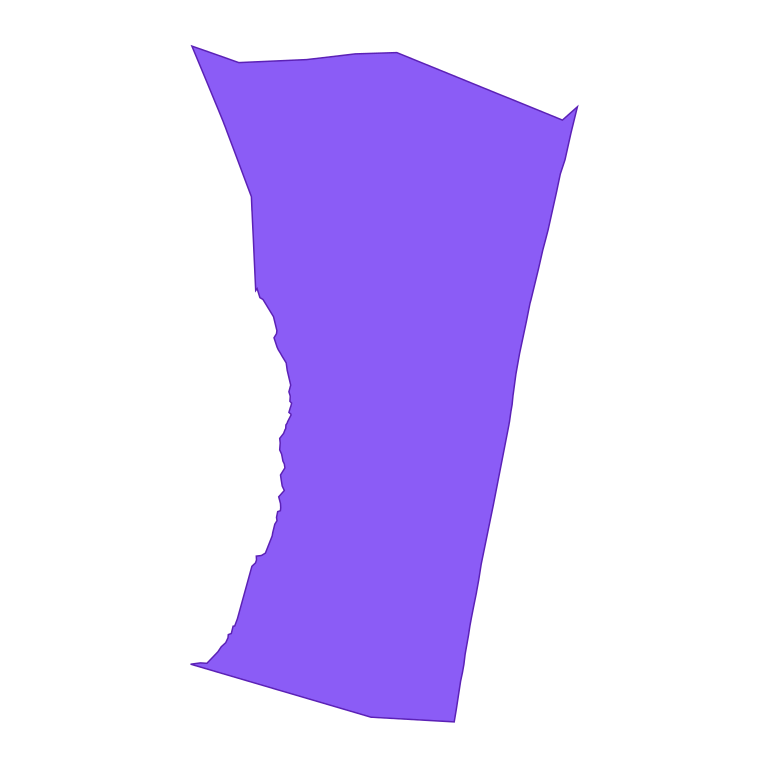 La Grandeza, Chiapas, Mexico
{"feature_id": "50627088B79475458377656", "entity_name": "La Grandeza", "entity_type": "district", "adm_level": 2, "iso_a3": "MEX", "parent_name": "Mexico", "parent_adm1": "Chiapas", "projection": "robinson", "projection_center": [-92.226, 15.51], "detail": "fine", "context": "isolated", "style": "filled", "palette": "violet", "viewbox_px": 768, "rotation_deg": 0, "n_neighbors": 0, "source": "geoboundaries", "source_scale": "gbopen_adm2", "svg_char_len": 1863}
<svg xmlns="http://www.w3.org/2000/svg" viewBox="0 0 768 768"><path d="M577.4,106.8L562.4,120.1L542.9,112.1L520.6,103.0L497.1,93.5L396.8,52.6L355.2,53.9L306.6,59.6L238.8,62.6L212.8,53.4L191.9,46.1L207.1,82.6L209.0,87.2L215.6,103.2L218.2,109.4L223.2,121.6L224.2,124.3L225.6,127.8L226.6,130.6L234.4,151.3L238.4,162.0L243.5,175.7L251.4,196.7L251.9,208.6L251.9,209.2L252.1,212.2L252.5,221.3L253.3,237.8L254.2,258.0L255.7,290.5L257.1,288.6L259.9,297.6L263.0,299.5L273.5,316.7L276.9,330.6L276.5,333.7L274.0,337.8L277.1,347.2L278.3,349.8L280.3,353.0L282.1,356.2L286.2,362.9L287.2,370.3L290.7,385.1L288.9,391.8L290.2,395.9L290.2,397.0L289.9,401.3L291.6,403.1L291.2,404.9L290.9,406.0L290.2,408.0L288.9,412.4L290.9,414.1L291.0,415.1L287.6,421.7L287.2,423.0L286.3,424.4L286.0,424.7L285.9,425.3L285.7,428.8L285.2,429.3L283.6,433.4L279.7,438.4L280.2,443.0L279.7,449.9L281.6,454.1L282.2,457.1L282.9,461.0L284.3,463.9L284.9,467.9L280.5,475.0L281.2,479.9L281.6,482.3L282.2,486.0L284.3,490.5L278.7,496.8L280.5,503.6L280.7,507.7L280.4,510.7L277.7,511.6L276.5,517.4L277.0,520.7L274.8,524.2L272.7,532.8L272.2,535.9L265.4,553.1L261.4,555.5L256.3,556.1L256.5,560.0L255.5,562.9L251.9,566.3L237.4,618.8L234.7,626.0L233.1,626.2L231.3,633.5L228.3,634.6L228.0,637.8L225.7,642.7L221.3,646.7L217.9,651.8L206.9,663.3L200.4,662.9L190.6,664.2L279.1,690.2L371.0,717.2L454.2,721.9L456.3,709.4L460.6,681.2L462.5,672.3L463.9,664.4L465.1,654.4L468.5,635.3L469.9,626.0L471.4,617.9L473.9,605.2L476.5,592.4L476.5,592.1L478.7,580.1L478.8,579.4L481.2,564.2L493.3,505.1L509.0,424.5L509.0,424.2L509.5,421.6L511.0,410.9L511.1,410.5L512.1,404.7L513.1,394.6L513.2,394.3L515.9,374.2L519.6,353.4L526.4,321.4L530.0,303.3L531.0,299.7L538.6,268.4L542.8,250.0L545.5,239.9L548.1,229.9L548.2,229.5L556.6,191.7L560.3,174.0L565.0,159.8L571.0,132.9L577.4,106.8Z" fill="#8b5cf6" stroke="#5b21b6" stroke-width="1.5"/></svg>